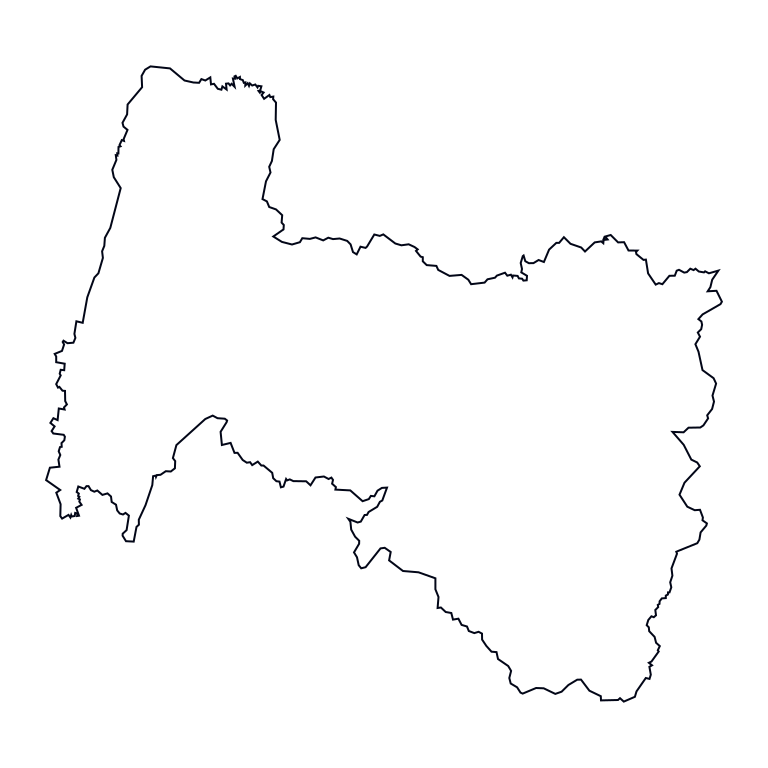 El Carmen De Bolívar, Bolívar, Colombia (Natural Earth projection)
{"feature_id": "7082276B24819369766558", "entity_name": "El Carmen De Bolívar", "entity_type": "district", "adm_level": 2, "iso_a3": "COL", "parent_name": "Colombia", "parent_adm1": "Bolívar", "projection": "natural_earth1", "projection_center": [-75.182, 9.704], "detail": "fine", "context": "isolated", "style": "outline", "palette": "ink", "viewbox_px": 768, "rotation_deg": 0, "n_neighbors": 0, "source": "geoboundaries", "source_scale": "gbopen_adm2", "svg_char_len": 5996}
<svg xmlns="http://www.w3.org/2000/svg" viewBox="0 0 768 768"><path d="M703.4,425.4L708.1,418.4L707.2,415.3L712.1,409.0L714.0,401.6L712.5,395.6L716.1,383.6L713.6,378.2L702.5,370.1L698.5,351.7L695.4,344.2L700.0,336.7L697.8,332.5L701.2,329.2L702.1,324.8L701.4,321.5L698.4,319.1L702.6,314.4L720.5,304.1L721.9,301.7L716.5,290.8L707.7,291.3L710.4,287.1L712.2,279.7L718.4,270.6L708.9,273.3L705.1,271.3L704.0,272.4L698.8,271.5L695.5,268.7L693.6,270.1L690.3,268.7L686.9,272.1L684.2,272.6L679.0,269.8L676.7,270.7L674.8,275.7L669.4,275.8L662.4,284.2L658.9,283.1L655.7,284.6L648.1,273.4L645.9,259.6L643.5,259.9L636.4,254.1L636.0,252.0L637.3,250.6L628.5,250.5L624.1,242.2L618.1,242.4L610.7,235.0L604.6,236.7L603.9,238.4L605.8,237.2L607.6,239.5L603.6,240.0L603.3,243.2L601.2,241.4L594.7,242.4L585.0,251.5L581.2,247.5L570.5,243.8L563.9,237.2L559.1,242.9L556.3,242.9L549.1,249.6L543.9,262.0L538.6,260.0L533.5,263.1L528.9,263.2L525.3,261.2L523.6,255.5L522.8,256.1L520.7,263.0L522.0,269.0L521.3,272.4L527.0,275.8L526.7,280.3L523.4,280.6L522.1,278.7L518.9,278.4L517.6,275.9L513.1,275.5L512.5,277.4L510.9,274.7L507.3,275.7L505.0,272.7L496.9,275.6L495.0,277.7L487.5,279.3L484.6,282.6L471.1,284.2L468.3,279.7L461.6,274.9L449.5,275.9L438.2,269.9L436.4,265.9L426.7,265.1L422.8,261.3L422.8,257.2L420.6,256.6L416.0,250.9L417.7,249.4L414.5,247.0L408.7,244.3L401.4,245.3L395.3,243.5L383.3,234.4L379.8,235.9L374.3,234.5L367.1,246.5L365.6,247.9L360.5,246.7L356.7,254.4L353.0,252.1L350.6,244.4L347.2,240.9L339.6,238.5L333.0,239.1L328.3,237.7L323.2,240.4L315.6,237.4L309.9,238.9L302.3,238.2L299.9,242.2L292.0,244.5L281.9,241.9L273.3,236.5L283.5,229.4L283.8,225.0L281.6,222.6L282.2,215.2L276.0,209.4L269.2,207.0L266.9,201.4L262.5,199.1L266.0,181.3L270.5,172.5L269.2,166.8L271.9,161.0L273.7,149.2L279.7,139.9L275.7,119.9L276.0,102.6L273.1,99.2L273.3,96.6L270.3,97.1L269.4,95.0L264.1,98.8L261.6,95.0L263.6,92.5L260.9,91.3L259.9,92.7L258.5,90.9L260.2,90.4L261.4,86.3L258.2,85.8L257.5,87.4L255.3,84.5L252.2,85.5L249.9,83.4L249.0,85.9L247.7,83.2L245.3,85.6L245.4,82.4L243.8,82.8L242.8,80.1L240.0,79.1L239.9,77.0L237.3,78.4L235.7,75.8L234.5,76.4L235.0,78.7L232.9,78.5L234.6,86.8L231.6,83.8L230.1,85.4L228.5,83.4L226.0,83.7L226.6,89.5L222.4,86.4L221.4,89.7L217.8,88.8L214.0,83.8L211.0,84.4L210.3,77.4L205.3,80.5L201.4,79.1L199.1,82.8L193.4,82.5L184.5,80.5L170.0,68.4L150.5,66.4L145.1,69.7L141.6,75.9L142.1,87.2L127.6,104.5L127.1,114.4L122.5,122.8L123.5,126.6L127.5,129.9L123.6,139.2L124.0,140.9L121.8,140.1L119.5,145.1L120.5,146.3L118.5,147.0L118.4,153.4L117.2,153.3L117.4,155.6L115.8,155.2L116.4,159.9L112.3,169.8L113.8,177.2L120.7,188.1L110.3,227.9L104.9,237.8L104.3,245.9L102.1,251.3L102.9,257.9L98.4,273.3L94.4,277.5L87.3,297.3L82.7,322.8L76.4,321.3L74.4,333.9L75.4,337.9L73.4,342.7L67.5,343.2L63.5,340.7L62.7,342.0L64.1,344.5L62.0,350.9L54.7,353.9L56.2,356.5L56.2,362.2L64.7,363.7L64.2,370.2L60.7,369.8L59.7,373.7L60.7,375.4L56.2,384.1L58.0,387.6L59.4,386.9L62.5,390.7L65.0,390.9L65.2,401.1L66.9,404.4L64.0,407.4L64.6,409.5L58.8,408.5L57.6,420.1L53.4,418.2L50.4,422.9L54.6,426.4L51.6,431.1L53.3,433.5L63.7,434.8L64.9,436.7L64.3,440.3L61.5,443.1L61.7,446.8L60.0,447.1L58.7,451.3L60.3,455.0L58.4,459.6L59.5,466.7L49.9,467.7L46.1,480.1L60.2,490.0L56.3,492.7L60.6,504.2L60.3,516.1L62.1,518.6L68.5,514.9L70.4,517.5L71.2,515.0L71.8,516.5L74.7,516.0L75.2,512.9L77.5,513.6L77.1,516.0L79.0,515.7L76.1,507.8L81.6,504.9L79.3,501.6L79.9,499.4L78.2,498.6L79.4,496.8L78.1,495.9L78.8,493.6L76.7,492.0L78.3,486.5L84.4,488.8L86.5,486.1L88.5,486.1L90.9,490.1L94.3,491.7L97.3,490.5L102.4,494.9L107.5,493.4L111.0,496.5L111.7,502.0L116.0,504.7L117.2,510.4L119.7,513.5L123.0,514.5L125.5,512.9L128.9,515.6L126.6,530.1L122.7,533.7L122.6,535.7L126.0,541.2L133.7,541.6L136.5,526.9L138.9,524.7L138.8,519.7L145.5,505.2L152.3,485.1L153.1,476.2L155.7,475.6L156.0,476.9L156.8,475.1L160.5,474.8L165.8,471.2L170.8,471.5L174.9,468.3L175.2,461.1L172.9,458.1L176.4,445.1L205.3,419.0L212.7,415.6L217.5,418.2L224.8,418.7L227.1,420.5L226.6,422.2L220.6,431.8L221.9,445.0L230.6,442.9L234.5,452.9L237.6,452.8L242.7,460.0L246.8,462.7L250.1,462.2L252.2,465.1L257.8,461.6L261.3,465.5L263.5,465.5L272.2,472.8L273.2,478.2L276.4,481.2L279.5,481.6L280.9,487.3L283.5,486.6L286.1,479.0L287.1,480.4L289.8,479.4L293.3,481.1L306.2,481.3L310.5,485.3L315.5,477.5L323.9,476.5L328.6,479.0L331.4,477.6L333.0,479.9L332.1,483.7L335.9,487.1L335.4,489.6L350.3,490.4L362.6,501.2L368.8,499.1L370.9,495.9L374.4,496.3L377.5,490.7L381.9,487.9L387.0,487.6L382.3,500.5L379.9,501.8L377.2,506.8L368.6,512.0L367.0,514.9L364.6,515.0L360.8,521.6L357.6,522.5L348.3,518.8L350.4,521.8L351.2,529.6L355.1,536.7L359.2,540.8L359.1,543.8L354.0,552.4L357.0,557.3L358.7,565.2L361.2,568.3L365.6,567.2L380.5,548.4L384.7,547.8L390.7,552.0L389.1,560.4L403.0,571.0L418.5,572.3L435.4,578.3L435.4,589.3L438.5,597.0L437.6,608.0L440.9,607.5L445.7,612.0L451.3,613.0L453.0,619.6L458.4,618.7L461.6,624.9L467.0,626.5L468.8,631.0L474.3,633.1L478.6,631.8L482.0,633.6L482.1,639.6L486.4,646.0L491.5,651.7L496.5,652.1L498.0,659.0L508.2,666.0L511.1,670.9L509.3,678.0L510.7,683.5L517.1,687.3L520.5,692.6L522.7,693.6L536.1,688.0L543.7,688.3L555.3,693.9L561.6,691.7L568.4,685.0L577.2,679.7L581.0,679.6L589.4,690.7L600.8,696.2L601.0,700.4L618.0,700.0L620.0,698.2L623.8,701.6L634.9,696.8L636.5,691.4L645.8,678.0L649.5,678.9L650.8,674.7L649.4,666.8L652.0,665.3L648.9,662.8L651.5,661.5L658.7,651.5L657.8,650.3L659.8,646.1L656.1,642.8L654.6,636.9L649.2,631.2L648.8,627.3L646.7,625.2L648.3,620.0L651.4,616.3L653.8,617.2L656.0,615.3L655.3,610.0L658.2,607.1L657.8,604.9L659.5,603.9L659.6,601.3L661.8,598.4L665.8,598.1L665.8,595.6L667.9,594.5L668.0,592.4L669.5,592.4L671.3,587.3L670.2,582.3L672.4,575.7L671.5,568.4L677.0,553.7L676.3,551.7L697.3,543.2L699.4,539.6L700.6,532.4L706.3,525.6L706.9,523.4L702.5,520.3L702.9,517.5L700.0,509.8L694.7,510.2L687.3,506.7L679.5,494.7L684.5,482.7L699.8,466.3L697.2,462.5L691.3,459.6L683.7,444.8L672.5,431.9L683.6,432.3L688.5,427.7L700.3,427.5L703.4,425.4Z" fill="none" stroke="#020617" stroke-width="2"/></svg>